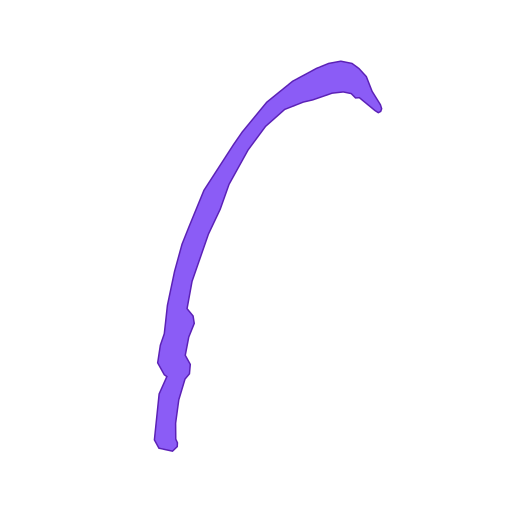 outline of Ettal, Federated States of Micronesia, rotated 198°
{"feature_id": "79324940B18829074085609", "entity_name": "Ettal", "entity_type": "district", "adm_level": 2, "iso_a3": "FSM", "parent_name": "Federated States of Micronesia", "parent_adm1": "", "projection": "equal_earth", "projection_center": [153.583, 5.578], "detail": "fine", "context": "isolated", "style": "filled", "palette": "violet", "viewbox_px": 512, "rotation_deg": 198, "n_neighbors": 0, "source": "geoboundaries", "source_scale": "gbopen_adm2", "svg_char_len": 870}
<svg xmlns="http://www.w3.org/2000/svg" viewBox="0 0 512 512"><g transform="rotate(198 256 256)"><path d="M250.3,422.0L233.9,434.4L223.7,439.0L215.6,439.9L210.2,437.1L206.6,438.5L187.8,431.1L184.0,430.1L182.1,432.0L182.0,434.9L184.4,438.3L196.5,448.5L206.5,460.7L216.0,466.1L224.2,468.8L235.5,467.5L246.4,461.6L256.5,453.1L275.2,433.5L293.3,405.6L307.4,369.7L311.8,355.0L325.8,302.4L328.8,262.5L330.0,244.3L328.7,216.2L325.0,181.7L321.2,163.5L319.2,153.7L319.4,141.6L316.5,124.0L306.5,114.7L303.5,113.8L305.5,94.9L295.8,49.7L288.9,43.2L275.1,44.6L272.0,50.4L273.0,54.1L275.7,57.0L280.8,72.2L285.0,95.4L285.5,117.0L282.9,123.4L285.0,132.6L292.6,139.7L294.9,158.2L293.9,172.8L297.3,179.5L305.3,184.6L309.0,212.2L308.0,262.2L304.5,289.4L303.8,315.8L296.3,354.4L287.0,382.2L274.0,404.3L258.6,417.0L250.3,422.0Z" fill="#8b5cf6" stroke="#5b21b6" stroke-width="1.5"/></g></svg>